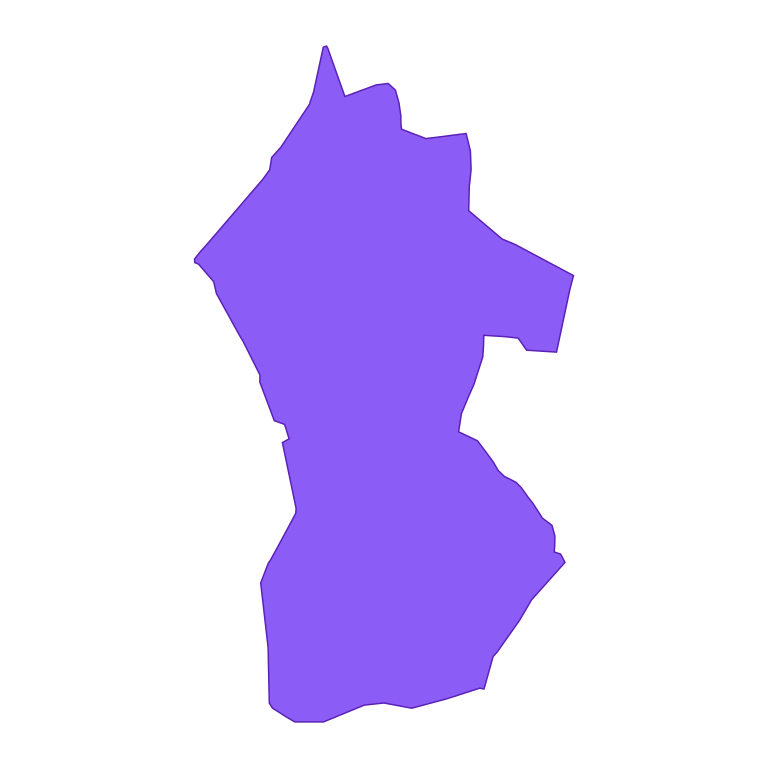 Awgu, Enugu, Nigeria (Robinson projection)
{"feature_id": "59680162B11400589438827", "entity_name": "Awgu", "entity_type": "district", "adm_level": 2, "iso_a3": "NGA", "parent_name": "Nigeria", "parent_adm1": "Enugu", "projection": "robinson", "projection_center": [7.469, 6.159], "detail": "fine", "context": "isolated", "style": "filled", "palette": "violet", "viewbox_px": 768, "rotation_deg": 0, "n_neighbors": 0, "source": "geoboundaries", "source_scale": "gbopen_adm2", "svg_char_len": 1419}
<svg xmlns="http://www.w3.org/2000/svg" viewBox="0 0 768 768"><path d="M534.5,254.8L515.4,244.6L502.1,239.0L468.7,210.7L469.3,185.5L469.8,182.4L471.1,169.3L470.4,150.9L466.1,133.5L425.9,138.6L401.5,129.2L400.9,123.1L400.8,115.5L399.0,103.0L395.4,90.1L388.2,83.5L376.2,84.9L344.9,96.5L327.8,48.3L326.6,46.1L323.3,47.1L318.2,70.6L313.6,92.0L309.9,102.7L309.9,103.7L280.8,147.3L271.7,157.4L269.7,169.8L262.7,179.4L206.8,244.5L200.7,251.3L199.8,252.3L194.5,259.1L194.8,262.6L198.6,264.2L213.7,281.7L216.4,293.5L239.9,336.1L242.7,340.6L260.0,375.1L259.8,382.0L274.3,420.7L284.6,424.4L289.1,438.8L282.4,442.6L296.1,508.3L295.8,513.2L292.2,520.0L277.6,547.1L270.5,560.0L268.3,563.2L260.7,582.9L268.1,647.5L269.3,703.1L272.5,708.2L276.9,710.9L284.6,715.9L291.3,719.9L294.8,721.9L323.6,721.9L324.3,721.6L355.1,708.9L360.5,706.7L364.4,705.1L383.9,703.0L411.8,708.2L447.1,698.7L479.6,688.2L484.0,689.0L493.1,656.6L497.1,652.1L519.5,620.4L531.5,599.9L565.0,562.4L560.6,554.1L554.2,551.9L554.7,545.9L554.9,536.1L552.0,525.4L542.5,518.2L532.7,503.0L528.2,497.4L521.4,487.8L516.0,482.3L504.3,476.4L501.3,473.5L498.1,470.4L493.2,461.9L487.4,454.0L477.5,440.8L458.6,431.8L461.4,413.7L468.2,397.3L473.9,384.5L482.8,356.8L483.5,345.8L483.8,335.3L504.4,336.6L518.1,338.1L522.6,344.4L523.4,345.6L526.6,350.2L556.5,352.1L570.0,288.9L573.5,275.6L570.0,273.7L569.9,273.7L534.5,254.8Z" fill="#8b5cf6" stroke="#5b21b6" stroke-width="1.5"/></svg>